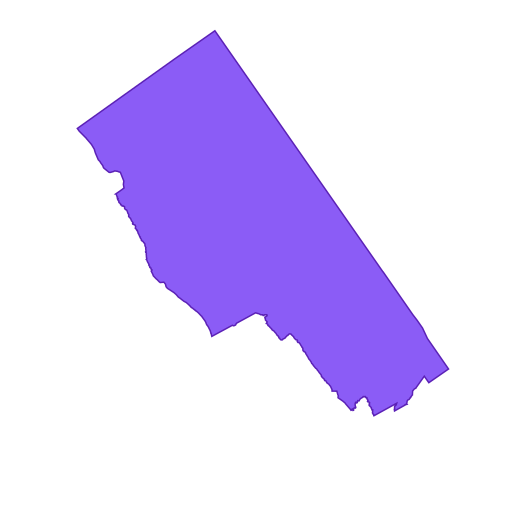 outline of Goyder, South Australia, Australia, rotated 325°
{"feature_id": "25037944B76718204715141", "entity_name": "Goyder", "entity_type": "district", "adm_level": 2, "iso_a3": "AUS", "parent_name": "Australia", "parent_adm1": "South Australia", "projection": "albers", "projection_center": [138.943, -33.716], "detail": "fine", "context": "isolated", "style": "filled", "palette": "violet", "viewbox_px": 512, "rotation_deg": 325, "n_neighbors": 0, "source": "geoboundaries", "source_scale": "gbopen_adm2", "svg_char_len": 6058}
<svg xmlns="http://www.w3.org/2000/svg" viewBox="0 0 512 512"><g transform="rotate(325 256 256)"><path d="M243.5,416.4L243.2,417.9L242.7,418.2L242.3,418.6L241.9,419.2L243.9,424.7L244.6,427.4L244.7,427.7L244.6,428.3L245.4,436.3L245.3,436.9L245.6,437.0L246.9,436.5L247.3,436.6L247.4,436.9L246.9,437.8L246.8,438.1L247.0,438.2L247.4,438.3L247.7,438.2L247.8,437.5L249.0,436.8L249.5,436.8L249.8,437.3L250.2,437.6L250.8,437.4L251.1,436.9L251.1,436.3L251.7,435.0L252.6,433.8L253.6,433.0L253.9,433.0L254.0,433.1L254.0,433.9L254.2,434.2L255.0,434.1L255.4,433.5L256.4,432.8L256.5,432.9L256.8,433.5L257.2,433.8L257.8,433.6L258.5,433.1L259.3,432.9L260.6,432.8L262.4,433.0L262.8,432.7L263.2,432.6L263.5,432.8L263.7,433.3L263.9,433.5L264.6,433.5L264.9,433.7L265.0,433.8L265.0,434.0L264.8,434.7L264.8,435.1L264.9,435.3L265.4,435.5L265.5,435.7L265.5,436.0L264.9,436.6L265.2,437.5L264.8,438.2L264.8,439.0L264.7,439.1L264.2,438.9L263.9,439.1L264.1,439.9L264.5,440.2L264.7,440.4L264.9,440.8L265.0,441.2L264.3,442.0L263.8,442.1L263.8,442.6L263.7,442.9L263.2,443.0L263.0,443.3L263.0,443.7L263.2,444.1L263.4,445.9L263.5,446.3L263.1,446.8L263.0,447.6L262.7,448.7L263.3,449.0L262.4,450.2L261.4,451.3L261.5,451.7L261.2,452.4L261.3,453.0L261.4,453.4L261.3,453.8L260.9,454.3L260.9,454.5L286.8,457.3L285.4,458.4L283.6,458.6L282.9,459.0L281.9,460.8L281.4,460.8L280.6,462.4L292.6,463.6L292.7,463.4L294.7,464.1L294.6,463.2L295.4,462.8L296.7,461.4L298.2,461.0L299.1,461.3L299.6,461.2L300.5,460.7L300.9,460.8L301.6,460.6L301.6,460.4L304.3,459.5L304.5,459.5L304.6,459.3L306.9,456.4L309.6,455.7L311.1,456.0L311.3,455.8L324.9,451.0L324.9,458.9L348.9,459.0L349.1,421.9L351.1,410.5L351.1,400.8L350.8,393.9L351.0,341.9L350.9,341.7L351.0,285.8L351.3,124.5L351.5,47.9L302.8,47.9L182.8,49.0L182.8,52.4L184.3,61.0L184.5,61.5L184.4,62.0L185.2,70.3L184.8,75.9L184.3,77.1L183.5,79.6L182.0,86.7L182.4,89.2L182.2,90.3L182.3,94.1L181.8,95.8L181.8,96.9L183.6,103.1L184.4,103.9L187.8,105.1L189.0,105.2L191.1,107.2L191.8,108.3L192.9,109.6L190.7,118.8L188.4,121.3L186.9,124.6L185.5,124.6L185.4,124.7L176.6,124.7L176.8,124.9L176.9,125.4L176.3,127.4L176.4,128.3L175.7,128.7L175.9,129.8L175.3,129.8L175.1,130.5L175.3,130.8L175.0,131.3L175.0,132.1L175.2,132.3L174.5,133.3L174.5,133.9L174.7,134.2L174.9,135.8L174.5,136.4L175.0,136.9L175.1,137.6L175.0,138.4L175.5,138.5L176.0,138.9L176.0,139.3L176.6,140.0L176.6,140.3L175.8,141.3L175.8,141.6L175.6,142.1L175.8,143.3L176.4,144.0L176.3,144.9L175.9,146.5L175.5,147.8L175.6,149.0L175.1,149.7L174.6,150.1L174.3,150.8L174.5,151.5L174.6,152.6L174.8,153.0L174.6,153.5L174.7,153.9L174.2,155.7L174.3,156.3L174.3,156.9L174.4,157.3L174.2,158.4L173.6,158.5L173.3,159.2L174.7,161.4L174.4,162.2L174.5,162.6L173.0,164.1L173.3,165.3L173.2,165.6L173.1,166.4L173.4,166.5L173.5,167.0L173.1,167.7L173.0,167.9L173.1,168.1L172.4,170.1L172.5,170.7L171.8,173.7L172.1,174.1L171.6,174.7L171.6,176.7L171.1,177.4L171.3,177.8L171.3,178.5L171.8,179.1L171.7,180.9L172.0,181.3L171.9,182.4L171.1,183.6L170.7,185.0L170.7,185.8L169.8,186.8L168.5,189.3L168.0,189.2L167.7,189.8L167.9,190.5L167.4,191.4L166.8,192.0L166.3,193.1L165.6,194.0L165.5,194.5L165.0,195.5L164.1,195.9L164.3,196.8L163.8,198.3L163.5,201.7L163.0,201.9L162.9,203.2L163.0,203.6L162.5,204.3L162.6,205.0L163.0,205.6L162.5,206.5L162.8,207.7L162.5,208.0L161.5,208.2L160.9,212.2L160.5,213.2L161.1,217.3L161.5,218.8L161.9,221.5L162.3,222.8L165.5,224.6L165.7,227.1L164.7,229.6L164.9,231.8L167.8,238.9L168.5,241.8L168.7,243.7L168.8,245.1L169.8,247.7L169.9,248.4L170.7,250.7L170.8,251.3L171.4,252.6L171.8,253.3L172.2,254.1L173.2,258.5L173.2,259.0L173.4,259.4L173.4,260.6L173.6,261.3L174.2,262.5L174.4,263.6L174.6,264.0L174.9,265.3L175.2,265.7L175.1,266.2L175.4,266.7L175.8,267.9L176.2,269.6L176.8,273.8L177.0,274.3L176.9,274.8L177.0,279.9L176.8,281.8L176.4,282.9L176.2,284.5L176.3,284.6L176.3,286.5L175.7,290.4L175.7,291.0L175.3,291.8L175.0,293.0L174.7,293.3L174.8,294.0L174.5,294.4L173.7,296.5L196.9,299.2L197.4,300.1L197.9,300.5L199.6,300.8L200.0,300.7L200.4,300.3L201.2,300.1L201.5,299.9L223.0,302.3L224.1,303.6L224.5,304.2L224.9,304.5L225.5,305.4L226.2,306.9L227.7,307.9L227.7,308.9L228.3,309.2L228.7,308.9L229.3,309.0L229.6,309.4L230.4,309.7L231.2,310.4L231.0,311.0L230.8,311.3L229.6,311.4L228.3,311.2L228.2,311.2L228.0,311.4L227.7,312.0L227.8,312.5L227.7,312.7L227.0,313.8L227.3,315.7L227.2,316.1L227.3,316.5L225.8,317.2L226.0,317.4L226.4,318.9L226.0,319.4L226.1,320.5L226.5,320.9L226.6,322.1L226.5,322.3L226.9,324.2L226.8,324.6L227.0,324.9L226.8,325.6L227.3,327.0L227.6,327.2L227.8,329.7L228.0,330.6L227.9,332.2L227.8,332.8L228.0,333.2L228.0,333.5L228.3,334.0L228.1,334.7L228.3,335.3L227.9,335.8L227.8,336.2L228.0,336.7L228.2,336.9L228.0,337.4L228.1,338.0L228.2,338.7L228.3,339.0L228.9,339.4L229.1,339.7L229.8,339.8L230.4,339.5L231.0,339.6L231.9,339.8L232.3,339.7L233.0,339.9L234.1,339.4L235.2,339.3L235.8,339.1L236.1,339.0L236.6,339.3L237.9,338.9L238.6,338.9L239.3,339.4L239.5,339.7L239.8,339.8L239.9,340.0L240.0,341.6L240.2,342.0L240.3,342.7L240.3,343.0L240.5,343.5L240.5,344.0L240.3,344.4L240.3,345.7L240.5,346.7L240.6,347.1L240.6,347.4L241.5,348.4L241.6,348.9L240.8,349.6L240.7,350.5L240.9,350.9L240.9,351.1L241.6,351.5L241.7,351.9L241.7,352.9L241.5,355.3L241.5,356.4L241.3,357.2L241.5,358.1L241.2,358.9L240.4,360.0L240.3,361.1L240.6,361.3L240.7,361.9L240.6,362.2L240.9,362.4L241.2,363.5L241.0,363.9L240.8,364.3L240.7,365.5L240.8,366.4L240.6,366.7L240.6,368.4L240.4,369.4L240.2,370.8L240.4,371.9L240.4,374.3L240.1,375.5L240.0,376.1L240.3,376.8L240.3,377.2L240.2,378.6L240.4,380.9L240.5,382.2L240.8,382.9L240.9,383.1L240.9,384.0L240.8,384.5L241.0,386.3L240.9,387.7L241.0,388.5L241.0,389.1L241.2,390.1L241.2,390.3L241.1,390.6L241.1,391.3L240.7,391.7L240.6,392.0L240.6,392.3L240.7,392.7L240.6,393.1L240.7,393.9L241.1,395.2L241.2,396.0L241.0,396.4L241.0,397.0L240.8,397.4L241.1,397.6L241.4,397.8L241.6,398.6L241.4,399.3L241.5,399.9L241.4,400.1L241.3,400.6L241.6,401.0L241.8,402.0L242.2,403.0L242.1,404.1L242.3,405.3L241.7,408.7L241.5,409.2L240.8,410.3L244.7,413.1L243.5,416.4Z" fill="#8b5cf6" stroke="#5b21b6" stroke-width="1.5"/></g></svg>